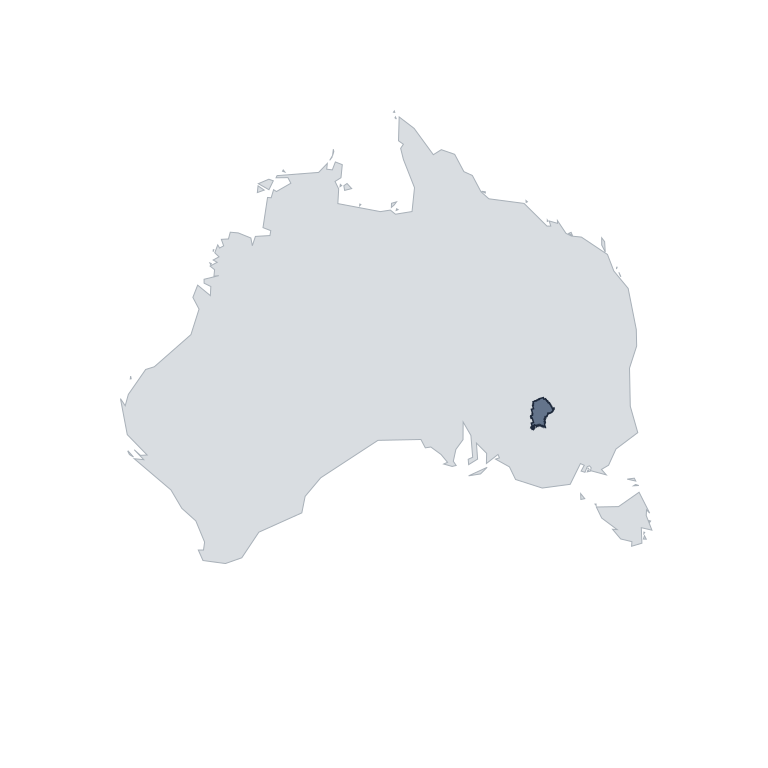 Balranald, New South Wales, Australia (highlighted), rotated 337°
{"feature_id": "25037944B43785864788030", "entity_name": "Balranald", "entity_type": "district", "adm_level": 2, "iso_a3": "AUS", "parent_name": "Australia", "parent_adm1": "New South Wales", "projection": "mercator", "projection_center": [143.52, -34.044], "detail": "fine", "context": "in_parent", "style": "filled", "palette": "slate", "viewbox_px": 768, "rotation_deg": 337, "n_neighbors": 0, "source": "geoboundaries", "source_scale": "gbopen_adm2", "svg_char_len": 7911}
<svg xmlns="http://www.w3.org/2000/svg" viewBox="0 0 768 768"><g transform="rotate(337 384 384)"><path d="M511.6,160.5L519.0,192.2L528.3,190.7L538.8,200.2L540.5,219.7L546.8,226.6L548.4,245.0L552.9,254.5L583.5,272.5L595.7,302.3L599.2,303.8L599.8,298.5L606.5,303.9L607.5,301.3L610.4,316.5L614.4,321.1L623.1,325.9L640.3,352.1L639.7,369.8L646.1,391.4L637.5,432.5L631.4,447.8L616.2,465.3L602.0,500.7L598.6,527.9L572.1,534.5L559.0,546.5L550.8,547.6L553.1,554.5L540.2,544.4L542.0,542.1L541.2,539.6L538.8,539.5L534.5,543.8L531.4,541.2L536.6,537.1L533.7,534.0L516.2,549.1L489.0,541.6L467.8,523.3L467.1,509.3L457.3,496.7L461.4,497.1L461.4,493.4L447.2,497.2L451.4,487.9L446.0,474.5L440.8,489.7L430.4,491.3L432.1,486.2L437.0,486.1L443.9,465.3L442.0,449.9L435.0,466.1L424.6,472.3L417.6,482.2L418.6,487.2L414.5,486.5L407.7,481.0L411.9,480.9L409.0,471.2L402.5,460.3L397.1,458.9L396.3,449.5L356.4,433.5L289.1,445.6L267.5,456.6L258.0,470.5L210.9,471.5L185.2,488.4L167.9,487.3L148.4,475.8L148.2,464.3L153.0,466.3L157.1,459.4L157.3,436.5L149.3,419.4L146.5,398.3L124.9,355.2L133.3,359.8L128.4,346.9L131.9,354.5L138.2,356.8L127.9,330.3L135.7,294.5L137.3,302.9L144.6,293.7L170.3,277.5L179.3,278.4L225.6,263.1L243.0,242.8L241.9,229.6L251.1,220.2L258.7,234.8L262.7,226.6L257.8,220.9L259.3,217.3L274.3,219.7L269.6,218.3L272.7,212.6L270.0,207.5L278.0,206.8L275.2,203.1L281.8,202.5L279.5,197.1L285.3,191.0L285.8,194.6L290.4,194.2L290.8,187.3L297.5,189.7L301.8,184.2L308.9,188.0L318.5,197.6L316.8,205.3L323.3,197.9L337.0,202.8L339.7,198.6L333.7,192.8L349.7,166.8L352.9,168.5L358.3,162.0L360.2,164.8L376.7,162.8L376.2,156.5L365.2,152.0L367.0,150.4L406.5,163.7L418.0,158.8L415.2,163.9L420.1,166.7L426.0,160.6L431.3,165.8L425.0,177.3L418.1,178.4L418.5,186.7L412.0,199.9L448.0,223.9L457.8,226.4L460.9,232.2L477.2,236.2L488.8,215.2L489.6,184.9L491.4,173.6L495.5,170.9L492.4,165.8L502.3,144.1L511.6,160.5ZM531.4,580.2L552.0,588.5L576.5,583.3L578.1,606.7L576.5,602.4L574.0,607.5L573.5,623.2L564.7,616.8L559.2,631.3L548.5,630.1L550.6,626.0L541.3,619.1L537.6,607.0L541.7,609.1L532.0,592.4L531.4,580.2ZM346.6,150.5L358.0,150.5L361.5,153.7L354.0,160.2L346.6,150.5ZM426.0,501.6L446.4,501.0L437.7,504.5L426.0,501.6ZM428.3,185.0L430.6,191.5L423.4,190.4L424.5,185.8L428.3,185.0ZM639.2,349.0L638.7,341.1L641.5,334.5L642.7,339.2L639.2,349.0ZM570.7,566.6L577.6,568.5L577.8,571.7L570.7,566.6ZM345.5,152.4L349.5,158.7L342.2,158.3L345.5,152.4ZM524.0,568.0L520.1,567.2L522.2,561.7L524.0,568.0ZM466.7,221.2L463.3,223.2L459.8,224.3L461.5,220.6L466.7,221.2ZM124.9,353.4L122.1,349.5L121.9,345.9L122.3,345.7L124.9,353.4ZM576.3,574.8L578.9,577.0L573.9,575.2L576.3,574.8ZM612.8,317.5L615.5,317.5L615.5,321.0L612.8,317.5ZM549.2,244.7L552.4,246.7L551.8,247.8L549.2,244.7ZM564.5,625.4L564.8,629.3L562.2,628.1L564.5,625.4ZM643.8,372.9L644.0,377.3L643.7,377.3L643.8,372.9ZM375.6,150.2L373.7,148.5L374.9,147.6L375.6,150.2ZM428.6,150.5L425.8,153.8L429.1,148.1L428.6,150.5ZM644.2,367.6L642.9,369.0L643.8,367.4L644.2,367.6ZM432.8,209.8L431.2,210.4L432.1,208.9L432.8,209.8ZM422.6,184.8L420.6,185.2L421.8,183.2L422.6,184.8ZM153.9,277.7L153.3,280.4L152.4,280.2L153.9,277.7ZM498.9,142.6L498.9,144.9L498.1,143.3L498.9,142.6ZM538.9,540.8L539.4,542.5L538.7,542.0L538.9,540.8ZM425.1,154.7L421.4,156.9L425.2,154.1L425.1,154.7ZM279.8,193.9L278.4,195.5L279.3,193.7L279.8,193.9ZM566.0,622.5L564.7,623.3L565.4,621.9L566.0,622.5ZM465.1,229.0L463.0,229.0L464.1,227.6L465.1,229.0ZM272.1,205.7L271.1,206.5L271.0,204.5L272.1,205.7ZM575.9,614.3L574.1,615.4L574.7,613.3L575.9,614.3ZM500.2,136.7L500.0,138.2L498.9,137.5L500.2,136.7ZM537.9,543.1L539.6,544.8L536.7,544.3L537.9,543.1ZM587.2,272.3L585.8,272.4L586.4,270.6L587.2,272.3ZM598.6,298.2L597.8,298.2L598.4,296.8L598.6,298.2ZM532.3,577.3L531.8,578.7L531.3,577.0L532.3,577.3Z" fill="#d9dde1" stroke="#a8b0b8" stroke-width="1"/><path d="M516.4,458.5L516.4,458.8L514.2,458.6L513.9,460.6L513.2,460.6L513.1,461.9L512.4,461.8L512.0,465.2L509.8,464.9L509.2,469.6L508.6,469.5L508.4,470.8L506.8,470.6L506.7,471.6L506.2,471.5L506.0,473.1L507.1,473.3L506.6,477.9L504.3,477.6L503.9,480.6L502.7,481.1L502.4,481.1L502.3,481.3L502.3,481.5L502.2,481.7L502.5,481.8L502.5,482.0L502.5,482.3L502.8,482.3L502.7,482.2L502.8,482.2L503.0,482.2L502.8,482.4L502.8,482.5L503.0,482.7L502.8,482.8L503.1,482.8L503.0,483.0L502.8,483.4L503.0,483.4L502.9,483.6L503.2,483.7L503.3,483.6L503.3,483.8L503.5,483.8L503.6,484.0L503.7,483.8L504.1,483.9L504.3,484.1L504.6,484.0L504.7,483.8L504.6,483.7L504.4,483.7L504.4,483.2L504.6,483.3L504.9,483.1L505.0,483.3L505.1,483.2L505.4,483.2L505.2,483.0L505.3,482.8L505.1,482.5L505.2,482.3L505.5,482.5L505.5,482.4L505.5,482.2L505.3,482.1L505.4,481.6L505.5,481.6L505.3,481.5L505.5,481.4L505.4,481.2L505.6,481.2L506.0,481.3L506.2,481.2L506.0,480.8L506.5,480.9L506.3,480.7L506.5,480.6L506.6,480.4L506.8,480.6L506.7,480.8L506.5,481.0L506.8,481.0L506.7,481.3L506.9,481.4L507.0,481.2L507.0,481.3L507.2,481.6L507.4,481.5L507.5,481.6L507.4,481.8L507.5,481.9L507.6,482.0L507.7,482.4L507.8,482.3L507.8,482.5L507.9,482.4L508.0,482.3L507.9,482.2L508.0,482.2L508.3,482.0L508.6,482.3L508.7,482.2L508.7,482.3L508.9,482.7L509.0,482.5L509.0,482.3L509.1,482.2L509.2,482.4L509.3,482.3L509.5,482.4L509.4,482.6L509.6,482.7L509.8,482.8L509.8,482.6L510.0,482.8L510.2,482.4L510.3,482.7L510.5,482.8L510.6,482.7L510.8,482.6L510.7,482.6L510.7,482.8L510.9,482.7L510.8,482.8L511.0,482.8L511.2,483.0L511.2,482.9L511.4,482.7L511.4,483.1L511.5,483.1L511.6,482.9L511.6,483.0L511.9,483.0L511.9,483.3L512.1,483.2L512.1,483.3L512.1,483.6L512.4,483.5L512.5,483.7L512.8,483.6L512.7,483.6L512.8,483.7L512.6,483.8L512.6,484.0L512.7,483.9L512.8,484.0L513.0,484.3L512.9,484.1L513.1,484.2L513.3,484.0L513.5,484.1L513.8,484.2L513.8,484.5L513.8,484.9L513.7,485.1L513.9,485.1L513.7,485.2L513.8,485.3L513.8,485.5L514.0,485.3L514.1,485.5L514.4,485.4L514.4,485.5L514.6,485.6L514.7,485.8L515.0,485.9L515.1,486.1L515.4,486.0L515.5,486.2L515.3,486.3L515.3,486.5L515.5,486.7L515.4,487.0L515.6,487.1L515.7,486.6L515.8,484.7L516.0,484.1L516.2,483.7L516.3,483.3L516.7,483.3L516.8,483.2L516.9,482.9L516.8,482.7L517.0,482.7L517.4,482.6L517.5,481.8L517.2,481.7L517.4,481.7L517.5,481.6L517.4,481.5L517.5,481.5L517.5,481.4L517.5,481.5L517.6,481.4L517.8,481.3L517.7,481.3L517.7,481.2L517.4,481.0L517.7,480.8L517.7,480.7L517.5,480.8L517.5,480.6L517.5,480.4L517.7,480.2L517.8,480.0L518.0,480.0L518.2,479.9L518.0,479.7L518.1,479.4L518.1,479.5L518.2,479.4L518.3,479.5L518.4,479.4L518.5,479.4L518.5,479.1L518.7,478.9L518.7,478.7L518.8,478.6L518.7,478.4L518.8,478.4L518.7,478.4L519.0,478.2L519.2,477.9L519.4,478.0L519.4,477.9L519.4,477.7L519.6,477.7L519.7,477.8L519.7,477.6L519.8,477.7L520.1,477.6L520.1,477.4L520.6,477.3L520.7,477.1L520.9,477.0L521.1,477.0L521.1,477.3L521.3,477.5L521.5,477.4L522.6,476.1L522.9,476.1L523.0,476.1L523.1,475.9L523.0,475.7L523.1,475.3L523.4,475.1L523.5,475.2L523.7,474.8L523.9,474.9L524.0,475.0L524.2,475.3L524.3,475.3L524.5,475.5L524.9,475.8L525.1,475.8L525.1,475.7L525.3,475.6L525.2,475.5L525.4,475.4L525.5,475.5L525.8,475.6L526.0,475.6L526.3,475.7L526.5,475.6L526.8,475.6L527.0,475.6L527.0,475.4L527.2,475.2L527.4,475.3L527.5,475.3L527.8,475.2L528.0,475.3L528.1,475.2L528.2,475.3L528.4,475.2L528.7,475.1L528.9,474.7L529.0,474.7L529.3,474.5L529.2,474.5L529.3,474.4L529.2,474.4L529.3,474.2L529.3,473.9L529.6,473.9L529.7,473.7L530.0,473.7L530.2,473.4L530.3,473.2L530.6,473.1L530.9,473.2L531.0,472.9L531.0,472.7L530.5,472.5L530.6,472.4L529.4,472.3L529.4,471.9L529.4,471.0L529.5,471.1L529.6,470.1L529.2,470.0L529.3,468.9L529.2,468.9L529.3,467.7L528.8,467.6L528.9,466.4L529.0,466.3L529.0,465.8L527.9,465.7L528.1,464.3L527.7,464.3L527.9,463.4L527.2,463.3L527.2,463.2L527.3,462.0L526.9,461.9L526.9,461.4L526.8,461.1L526.9,460.7L525.6,460.6L525.6,460.4L525.2,460.2L525.4,458.8L521.0,458.2L520.9,458.9L520.1,458.8L519.8,458.5L519.5,458.7L518.6,458.5L518.5,458.8L518.0,459.0L517.9,459.1L517.6,458.8L517.5,458.7L516.4,458.5Z" fill="#64748b" stroke="#1e293b" stroke-width="1.5"/></g></svg>